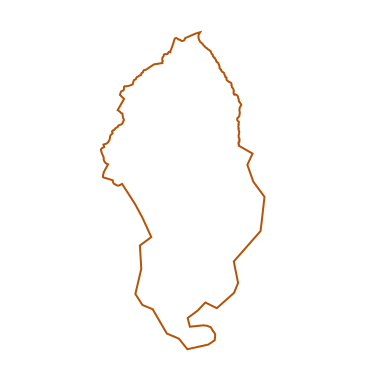 outline of Bulgan, Arhangay, Mongolia, rotated 137°
{"feature_id": "93677404B70129232678406", "entity_name": "Bulgan", "entity_type": "district", "adm_level": 2, "iso_a3": "MNG", "parent_name": "Mongolia", "parent_adm1": "Arhangay", "projection": "orthographic", "projection_center": [100.91, 47.19], "detail": "fine", "context": "isolated", "style": "outline", "palette": "amber", "viewbox_px": 384, "rotation_deg": 137, "n_neighbors": 0, "source": "geoboundaries", "source_scale": "gbopen_adm2", "svg_char_len": 5541}
<svg xmlns="http://www.w3.org/2000/svg" viewBox="0 0 384 384"><g transform="rotate(137 192 192)"><path d="M276.5,68.1L275.7,68.9L274.6,69.7L273.5,70.7L272.4,71.8L272.2,72.1L271.8,73.0L271.6,74.0L271.5,75.6L271.2,77.1L271.2,77.6L270.6,79.5L270.6,80.0L270.7,80.8L271.2,81.7L272.3,84.1L273.2,85.0L273.7,85.5L274.3,86.5L285.4,94.9L281.1,102.8L268.7,101.4L257.6,102.1L253.1,90.1L229.9,89.6L220.3,94.1L208.8,112.7L168.5,116.7L160.3,123.6L142.3,139.0L140.1,157.8L133.0,174.1L121.5,178.8L126.2,193.9L125.8,194.4L125.6,194.5L125.3,194.7L125.2,195.0L125.2,195.3L125.2,195.5L124.8,195.7L124.5,195.8L124.4,195.9L124.3,196.1L124.3,196.3L124.2,196.5L123.3,196.5L122.9,196.5L122.6,197.0L122.5,197.4L122.3,197.6L121.8,197.7L121.5,197.8L121.4,197.9L121.3,198.2L121.2,198.5L120.9,198.8L120.9,199.1L120.8,199.7L120.5,200.3L120.2,200.6L119.6,201.1L119.5,201.4L119.2,201.8L118.7,202.0L117.7,202.7L116.9,203.2L116.5,203.6L115.9,204.8L115.2,206.1L115.1,206.4L114.7,206.4L114.4,206.6L114.1,207.1L113.7,208.0L113.2,208.7L112.5,209.0L112.0,209.2L111.8,209.4L111.7,210.0L111.3,210.3L110.7,210.6L110.4,210.8L109.9,211.4L109.8,211.6L109.9,212.0L110.0,212.5L110.0,212.9L110.0,213.2L109.9,213.5L109.7,213.9L109.4,214.1L109.2,214.6L108.8,214.9L108.4,214.9L108.2,215.1L107.5,215.1L106.7,215.1L106.2,215.1L105.8,215.2L105.4,215.4L105.0,215.9L104.6,216.1L104.1,216.4L103.5,217.0L103.0,217.4L102.6,217.8L101.9,219.1L101.3,219.6L100.6,220.4L99.8,221.0L98.9,221.4L97.4,221.8L96.7,222.1L96.3,222.4L96.2,222.7L96.2,223.3L96.2,223.8L96.0,224.6L95.9,224.9L95.9,225.8L95.7,226.7L94.8,227.6L94.4,228.4L94.1,229.3L93.5,229.9L93.4,230.4L93.1,231.4L93.1,232.5L93.4,233.1L93.6,233.6L93.9,233.8L94.3,233.9L94.7,234.3L94.8,234.5L94.6,235.3L94.1,235.5L93.9,236.3L93.1,237.1L92.5,237.3L92.2,237.7L91.8,238.7L91.4,239.5L91.3,240.4L91.4,241.2L91.3,241.4L90.6,242.8L90.3,242.9L90.2,243.2L90.0,243.5L89.4,244.1L89.1,244.6L89.0,245.0L89.1,245.6L89.4,246.0L89.5,246.2L89.5,246.6L89.5,246.9L89.8,247.2L89.9,247.4L90.0,248.1L90.1,248.4L90.1,249.1L90.3,250.1L89.9,251.0L89.7,251.3L89.0,251.8L88.8,252.1L88.8,252.4L88.8,252.8L88.9,253.0L89.2,253.3L88.9,253.8L88.6,254.2L88.6,254.7L88.3,255.2L88.0,256.1L87.7,256.8L87.4,257.5L87.6,258.0L87.6,258.6L87.8,258.9L87.9,259.4L88.0,259.7L87.9,260.1L87.8,260.7L87.6,261.0L87.6,261.4L87.4,261.6L87.4,261.8L87.4,262.1L87.3,262.3L87.3,262.6L87.4,262.8L87.4,263.0L87.5,263.3L87.5,263.6L87.2,263.9L86.7,264.5L86.3,265.2L85.9,265.8L85.6,266.2L85.5,266.6L85.5,267.0L85.3,267.5L85.0,267.9L84.8,268.2L84.8,268.5L84.9,268.9L84.9,269.2L84.9,269.3L85.0,269.4L85.0,269.7L85.0,269.9L85.2,270.1L85.2,270.5L85.0,270.8L85.0,271.4L84.8,271.7L84.6,271.9L84.4,272.2L84.3,272.9L84.2,273.7L84.2,273.8L84.2,274.1L84.1,274.4L83.9,274.7L84.0,274.9L84.2,275.3L84.1,276.0L84.1,276.8L84.0,277.0L83.7,277.5L83.4,278.0L83.3,278.3L83.3,278.7L83.4,279.1L83.5,279.4L83.3,279.8L83.1,280.2L83.0,280.7L82.7,281.4L82.4,282.0L82.4,282.5L82.5,283.2L82.6,284.2L83.0,285.1L83.1,285.9L83.0,286.5L83.1,287.2L83.4,288.1L83.5,289.3L83.4,289.7L83.5,290.1L83.4,290.4L83.5,291.1L83.5,291.6L83.4,292.7L83.3,293.8L83.4,294.9L83.6,296.0L83.4,296.9L83.0,298.4L82.5,299.6L81.2,301.5L79.8,302.5L78.1,303.0L77.1,303.3L81.5,305.5L92.0,309.2L94.1,308.3L94.8,308.4L95.2,308.6L95.9,308.9L96.4,309.4L96.7,310.1L96.9,311.0L97.0,311.5L97.1,311.9L97.5,312.1L97.7,312.4L97.9,312.7L97.9,313.3L98.0,314.0L98.2,314.7L98.5,315.3L99.0,315.7L99.5,315.9L100.0,315.8L101.2,315.3L103.2,314.1L107.4,311.8L109.1,311.0L111.0,310.1L112.3,309.3L112.5,309.1L112.7,309.5L113.0,310.0L113.5,310.3L114.6,310.0L115.6,309.7L116.0,309.8L116.5,310.1L117.2,310.8L117.5,311.2L117.9,311.4L118.5,311.6L119.1,311.5L119.5,311.2L120.1,310.8L120.7,310.7L121.2,310.6L121.7,310.5L122.2,310.3L122.8,309.8L123.3,309.4L123.6,308.6L124.1,307.7L124.5,307.5L124.8,307.6L125.7,306.5L132.8,311.3L142.1,312.8L143.2,313.3L143.9,313.9L144.2,313.9L144.8,313.8L145.3,313.5L146.0,313.2L146.4,313.0L146.8,313.1L147.5,313.4L148.1,313.3L148.5,312.9L149.2,312.6L149.7,312.3L150.1,312.6L150.5,312.9L151.0,313.0L151.6,313.1L152.4,313.1L153.1,313.4L153.7,313.6L154.1,313.5L154.4,313.5L155.0,313.4L155.8,313.0L156.5,312.9L156.9,313.0L157.5,313.3L158.0,313.4L158.4,313.3L158.9,313.1L159.4,312.7L160.4,312.2L160.9,311.9L161.0,311.8L161.4,311.5L161.6,311.3L161.8,311.3L162.8,311.4L164.9,312.3L165.7,312.7L166.6,313.2L167.9,314.1L168.5,314.6L168.8,314.8L169.5,315.2L169.5,315.3L169.8,315.3L170.0,315.2L170.9,314.3L171.4,313.9L171.8,313.6L172.7,313.1L172.9,313.1L174.2,313.6L174.7,313.7L175.0,313.8L175.6,313.8L176.1,313.6L176.7,313.2L177.4,312.7L178.5,312.2L178.2,306.4L190.5,302.6L190.0,300.0L190.0,299.7L190.0,298.1L189.4,296.8L191.0,294.6L192.0,292.9L192.2,292.0L192.4,291.5L192.9,291.0L194.3,290.4L196.2,289.7L197.3,289.5L199.1,290.3L200.6,290.8L201.6,290.3L202.4,290.4L203.4,290.6L204.5,290.8L205.5,290.6L206.5,290.5L207.3,290.7L208.0,291.0L209.3,290.8L209.6,289.8L210.2,289.0L211.1,289.1L212.8,289.1L213.9,288.6L214.8,287.8L215.7,287.1L216.9,286.3L218.7,285.8L219.9,285.6L221.2,285.6L224.4,287.1L225.6,284.7L227.9,285.5L229.6,285.2L230.4,284.0L231.2,282.4L232.3,279.6L233.0,277.5L234.4,276.0L235.2,274.3L235.4,273.5L235.4,271.7L234.5,269.5L243.2,266.6L244.0,265.8L244.7,265.6L246.5,264.1L247.0,263.4L242.0,254.7L242.9,253.4L243.4,251.8L243.3,250.8L242.9,249.7L242.4,248.1L241.8,247.1L240.9,246.5L237.6,245.6L238.7,239.8L238.7,239.5L242.0,221.4L242.2,220.8L245.7,207.3L245.8,207.0L252.5,186.8L266.6,188.4L281.4,170.5L303.0,156.0L305.3,143.2L300.7,133.1L304.0,118.6L306.9,105.6L301.6,93.7L302.6,80.2L284.1,69.3L276.5,68.1Z" fill="none" stroke="#b45309" stroke-width="2"/></g></svg>